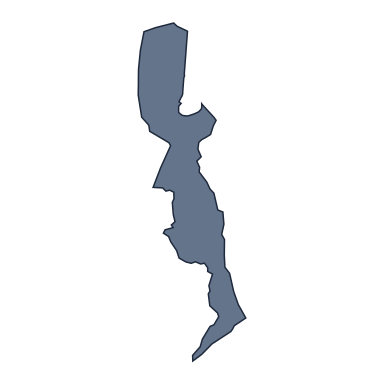 Jefferson, Louisiana, United States of America
{"feature_id": "52423323B43258201859657", "entity_name": "Jefferson", "entity_type": "district", "adm_level": 2, "iso_a3": "USA", "parent_name": "United States of America", "parent_adm1": "Louisiana", "projection": "mercator", "projection_center": [-90.097, 29.677], "detail": "fine", "context": "isolated", "style": "filled", "palette": "slate", "viewbox_px": 384, "rotation_deg": 0, "n_neighbors": 0, "source": "geoboundaries", "source_scale": "gbopen_adm2", "svg_char_len": 1528}
<svg xmlns="http://www.w3.org/2000/svg" viewBox="0 0 384 384"><path d="M153.1,187.4L162.6,187.9L165.9,191.1L169.7,190.2L173.8,192.2L174.0,198.8L172.3,202.5L173.3,214.6L175.0,221.7L171.3,225.0L173.1,227.6L165.1,229.8L163.4,233.2L168.6,236.5L170.8,241.9L176.6,250.5L179.1,258.1L185.8,261.9L191.2,263.3L195.4,261.8L200.8,264.0L204.4,263.2L207.7,267.7L207.7,271.5L212.5,274.1L208.9,285.7L210.0,291.0L208.3,293.9L209.8,305.8L217.5,312.9L218.7,316.8L213.9,324.8L210.1,326.4L202.4,339.1L200.2,346.7L192.6,355.4L192.8,361.0L195.7,358.9L201.7,354.4L212.1,343.8L230.9,331.5L232.5,329.2L233.5,327.3L234.4,325.6L245.8,318.0L238.3,304.6L233.7,291.6L229.6,273.4L224.9,267.2L224.3,255.3L224.5,239.5L221.7,234.5L223.9,224.2L222.9,212.0L217.8,210.0L213.9,193.2L210.0,189.0L206.8,182.1L199.2,172.0L199.6,167.3L196.8,161.1L199.1,158.9L201.2,156.8L197.9,149.2L198.8,142.3L201.8,139.6L206.7,136.9L210.6,134.4L213.3,125.9L216.1,120.3L214.3,117.8L213.2,116.5L211.9,115.1L204.0,106.5L202.9,105.3L201.7,103.8L201.7,104.6L201.8,105.9L201.5,108.8L198.7,111.8L194.5,113.8L187.8,116.0L183.5,115.6L182.0,115.2L178.8,112.6L178.6,110.6L178.7,106.1L179.9,104.8L181.1,103.4L179.0,101.8L179.4,100.9L181.0,97.7L181.9,96.2L182.4,94.9L182.7,93.8L182.7,92.6L183.2,85.7L183.8,78.0L184.5,75.9L184.3,73.7L187.5,31.2L177.0,26.2L173.7,23.0L155.4,27.7L144.0,31.7L140.4,50.1L138.5,69.5L138.4,78.0L138.4,83.5L138.2,94.8L138.4,96.3L141.7,117.2L148.8,125.2L149.7,131.3L168.9,142.7L170.6,145.7L160.5,168.1L153.1,187.4Z" fill="#64748b" stroke="#1e293b" stroke-width="1.5"/></svg>